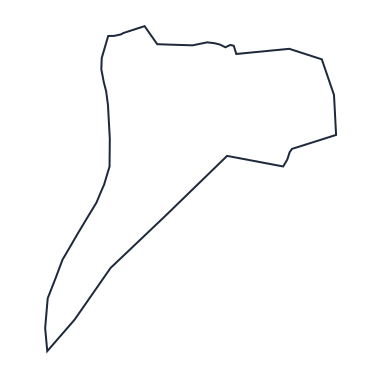 the district of Matadi, Bas-Congo, Democratic Republic of the Congo, rotated 92°
{"feature_id": "63176286B7026545207042", "entity_name": "Matadi", "entity_type": "district", "adm_level": 2, "iso_a3": "COD", "parent_name": "Democratic Republic of the Congo", "parent_adm1": "Bas-Congo", "projection": "albers", "projection_center": [13.467, -5.842], "detail": "fine", "context": "isolated", "style": "outline", "palette": "slate", "viewbox_px": 384, "rotation_deg": 92, "n_neighbors": 0, "source": "geoboundaries", "source_scale": "gbopen_adm2", "svg_char_len": 779}
<svg xmlns="http://www.w3.org/2000/svg" viewBox="0 0 384 384"><g transform="rotate(92 192 192)"><path d="M163.3,101.8L160.3,100.1L156.2,97.9L148.9,95.8L145.4,93.6L139.5,76.9L129.9,50.0L101.1,52.5L90.0,53.5L54.9,66.9L45.5,99.8L51.1,141.9L52.5,152.6L51.5,152.9L44.4,155.4L43.7,158.9L46.2,163.6L43.7,169.2L42.5,174.7L41.9,182.0L45.4,196.6L45.5,219.8L45.5,225.3L45.5,231.9L27.9,245.2L35.4,265.9L37.0,268.6L38.7,275.3L39.0,281.2L61.3,286.9L72.5,286.9L85.3,284.0L94.4,281.3L108.2,279.0L141.8,276.0L169.5,275.3L177.7,277.5L187.7,280.1L193.7,282.5L205.9,287.1L220.5,295.3L238.0,305.0L248.7,310.7L264.3,319.1L283.5,325.5L284.5,325.9L303.3,332.5L333.2,334.0L356.1,331.1L323.7,304.9L270.7,270.7L217.5,218.5L154.7,158.2L163.3,101.8Z" fill="none" stroke="#1e293b" stroke-width="2"/></g></svg>